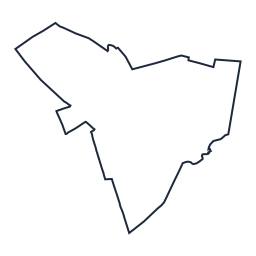 Santa Gertrudis, Oaxaca, Mexico
{"feature_id": "50627088B89208011470792", "entity_name": "Santa Gertrudis", "entity_type": "district", "adm_level": 2, "iso_a3": "MEX", "parent_name": "Mexico", "parent_adm1": "Oaxaca", "projection": "natural_earth1", "projection_center": [-96.798, 16.776], "detail": "fine", "context": "isolated", "style": "outline", "palette": "slate", "viewbox_px": 256, "rotation_deg": 0, "n_neighbors": 0, "source": "geoboundaries", "source_scale": "gbopen_adm2", "svg_char_len": 2892}
<svg xmlns="http://www.w3.org/2000/svg" viewBox="0 0 256 256"><path d="M215.2,59.5L213.4,67.1L199.2,63.1L188.7,60.4L188.4,60.1L188.8,57.4L181.4,55.5L177.8,56.4L164.1,60.7L155.4,63.2L134.6,68.7L132.3,69.3L125.6,56.7L117.9,47.7L116.2,48.5L114.1,46.5L111.5,45.3L108.8,44.9L107.9,46.1L107.9,47.5L108.2,50.0L107.6,51.1L102.8,47.7L99.9,45.8L99.3,45.3L93.2,41.1L88.7,38.2L75.6,33.4L70.5,31.0L62.4,27.3L60.1,26.6L55.4,23.0L42.9,31.0L32.7,36.8L15.4,49.0L25.0,61.7L28.7,65.9L40.7,79.8L64.5,101.8L65.6,102.2L65.9,102.5L66.7,103.0L69.2,104.8L69.4,105.1L69.8,105.3L70.4,105.5L69.9,106.6L62.8,108.8L56.4,111.1L57.4,113.7L59.2,117.6L59.6,118.5L60.5,120.6L60.7,121.0L61.0,121.7L61.3,122.5L61.6,123.0L62.1,124.1L65.6,134.0L66.4,133.9L66.9,133.7L67.6,132.9L68.2,132.4L68.8,132.1L69.4,131.8L69.6,131.7L70.5,131.2L70.8,131.0L72.3,130.2L72.5,130.0L72.9,129.9L73.8,129.4L75.2,128.5L75.9,128.1L78.1,126.7L78.4,126.5L78.9,126.2L79.3,125.9L79.7,125.6L80.1,125.4L80.6,125.0L84.7,122.3L85.8,121.8L89.0,124.5L92.5,127.8L94.5,129.3L94.1,130.0L93.6,130.4L93.1,130.7L92.6,130.9L92.2,131.1L91.8,131.4L91.3,131.7L91.3,131.8L91.1,131.9L91.0,132.1L91.5,132.9L91.9,134.1L92.3,135.5L92.3,136.0L92.5,137.0L92.8,138.2L93.0,139.1L93.5,140.7L93.8,141.8L94.1,142.7L94.3,143.4L94.5,144.1L94.8,144.8L95.0,145.4L95.2,146.0L95.9,148.5L96.5,151.1L97.2,152.8L97.3,153.8L97.4,154.0L97.5,154.2L97.7,154.6L97.9,155.5L97.9,155.8L98.3,156.6L98.5,157.2L98.5,157.7L98.7,158.1L98.9,158.3L98.9,159.0L99.1,159.2L99.2,159.5L99.2,159.8L99.4,160.3L99.5,160.6L99.6,160.9L99.8,161.5L99.9,161.9L100.0,162.4L100.1,162.7L100.2,163.0L100.3,163.3L100.4,163.5L100.5,163.8L100.6,164.0L100.7,164.3L100.7,164.6L100.9,165.1L101.0,165.4L101.1,165.7L101.1,165.9L101.3,166.4L101.5,167.3L101.8,168.0L101.9,168.3L102.0,168.9L102.3,169.4L102.3,169.7L102.4,170.0L102.6,170.5L102.7,171.0L102.9,171.5L103.0,171.8L103.3,172.6L103.6,173.1L103.6,173.8L103.7,174.4L105.2,179.3L111.8,179.0L114.4,187.2L116.0,192.0L116.3,192.8L117.3,195.9L119.0,201.3L119.3,202.0L120.4,206.6L122.1,210.7L122.6,212.0L124.0,216.1L124.2,217.2L129.2,233.0L144.0,221.4L153.9,212.0L154.2,211.7L155.0,211.0L157.5,208.6L159.8,206.7L160.1,206.4L161.1,205.6L161.7,205.1L164.2,202.1L166.6,197.2L171.4,186.9L174.8,179.8L179.1,171.0L182.7,163.2L185.8,162.0L187.1,161.8L188.2,161.7L188.5,161.7L190.9,162.3L191.2,162.8L191.5,163.0L191.9,163.3L192.4,163.7L192.9,163.9L193.1,163.9L193.4,164.0L193.7,164.1L194.4,163.9L196.0,163.5L196.3,163.4L196.7,163.3L197.1,163.0L197.8,162.5L199.3,161.6L202.6,159.0L202.7,158.5L202.4,157.1L202.1,156.7L201.9,155.9L202.5,154.4L203.1,154.3L203.7,154.2L204.5,154.2L205.6,154.1L206.8,154.1L207.1,154.1L208.4,153.7L209.1,152.6L208.6,152.3L209.7,151.5L210.8,151.0L209.6,148.7L208.5,149.3L208.7,147.8L209.3,146.2L210.3,144.3L211.8,142.7L213.4,141.0L220.4,139.2L221.4,138.6L224.2,136.2L225.3,135.2L228.3,134.3L240.6,61.4L215.2,59.5Z" fill="none" stroke="#1e293b" stroke-width="2"/></svg>